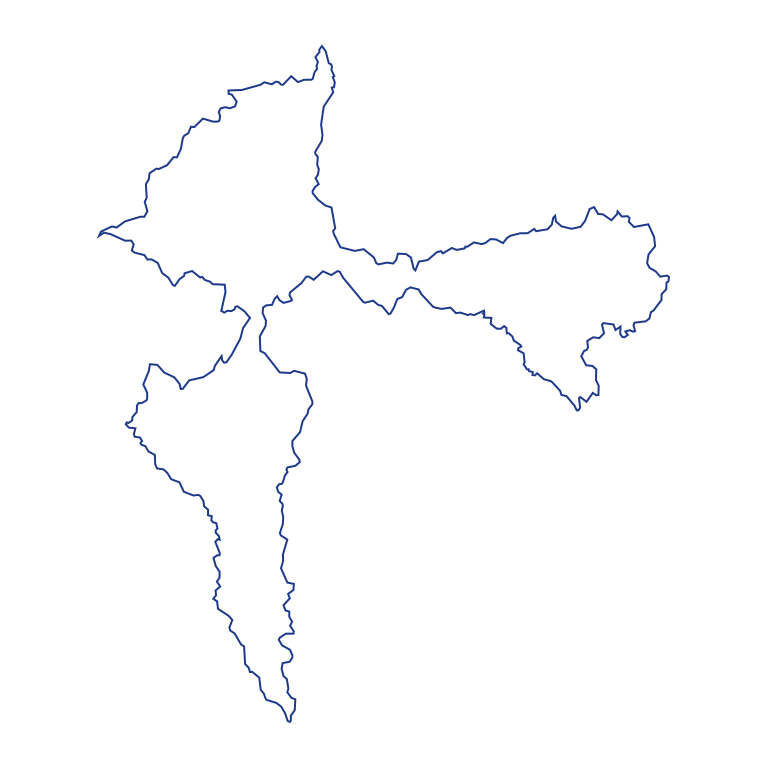 outline of Bocaiúva, Minas Gerais, Brazil
{"feature_id": "56859067B89519159467190", "entity_name": "Bocaiúva", "entity_type": "district", "adm_level": 2, "iso_a3": "BRA", "parent_name": "Brazil", "parent_adm1": "Minas Gerais", "projection": "robinson", "projection_center": [-43.673, -17.387], "detail": "fine", "context": "isolated", "style": "outline", "palette": "blue", "viewbox_px": 768, "rotation_deg": 0, "n_neighbors": 0, "source": "geoboundaries", "source_scale": "gbopen_adm2", "svg_char_len": 6091}
<svg xmlns="http://www.w3.org/2000/svg" viewBox="0 0 768 768"><path d="M323.7,106.7L333.2,92.3L331.8,87.6L334.0,87.2L334.8,82.4L332.8,77.1L334.3,76.1L331.5,70.1L332.0,66.5L331.0,64.2L328.8,63.3L325.7,51.1L321.9,46.1L319.2,49.8L319.5,52.0L315.4,57.2L317.9,61.9L316.5,66.0L317.1,68.8L314.5,72.3L312.8,78.7L311.4,79.7L303.9,79.8L298.0,82.1L291.2,76.2L283.1,84.7L281.1,84.6L278.3,82.0L275.9,81.7L271.8,84.3L264.3,82.3L260.5,84.8L241.7,90.0L228.5,90.5L228.7,93.9L231.8,94.6L236.7,101.7L235.0,106.4L229.9,108.3L225.5,107.2L220.7,108.3L218.7,112.2L220.2,116.0L219.4,120.6L217.8,121.6L213.3,121.7L202.9,118.6L194.3,127.1L191.0,126.7L188.2,133.4L184.3,135.6L182.9,137.9L180.9,148.9L176.9,157.4L173.6,157.1L167.2,165.1L158.6,169.1L156.4,168.6L149.6,173.2L148.8,179.4L145.9,184.1L146.7,197.8L144.7,201.9L147.4,211.2L144.3,216.8L140.5,216.7L125.0,221.4L116.6,227.5L112.1,226.5L109.3,227.6L101.0,231.6L99.0,235.9L103.9,232.7L110.5,234.1L125.1,240.7L131.3,240.6L133.7,244.3L131.8,250.5L134.9,252.7L144.4,255.1L147.4,259.5L151.7,259.4L157.7,262.9L162.2,273.1L168.3,277.6L172.7,284.8L174.8,285.9L179.6,279.1L184.1,275.9L184.6,273.3L192.1,271.0L200.1,277.5L202.0,276.8L205.1,280.1L209.9,281.6L212.7,284.2L224.7,284.7L225.5,292.1L221.3,310.9L224.4,312.6L227.2,310.8L231.3,311.1L234.5,309.4L235.5,306.7L237.4,306.3L244.5,311.3L250.0,318.0L243.1,328.0L240.3,338.7L231.6,354.9L226.4,362.3L224.0,362.6L222.2,360.4L221.6,356.1L214.8,366.0L213.7,370.1L203.2,377.2L189.3,380.3L182.8,388.8L180.8,389.0L179.6,383.9L174.4,377.4L164.2,372.5L157.4,364.9L150.0,364.2L148.8,371.0L143.3,384.5L147.1,392.5L147.2,398.7L146.3,400.5L141.6,403.1L138.5,403.1L137.0,405.6L136.7,412.1L132.4,417.0L132.2,420.5L128.5,423.0L126.7,422.4L125.8,424.2L128.8,427.6L135.4,428.3L133.9,434.2L134.7,436.7L139.9,437.5L142.1,441.1L140.5,442.9L141.3,444.7L145.4,446.2L148.4,451.4L154.9,455.0L155.2,464.2L157.1,468.5L163.4,469.3L167.4,473.0L171.1,479.2L179.4,482.3L183.9,491.8L193.5,495.5L198.4,494.9L200.3,496.0L203.4,501.0L204.2,506.4L208.1,509.7L208.0,515.2L211.8,516.2L211.3,520.2L212.8,522.2L216.2,523.1L217.5,528.5L215.7,530.4L215.7,532.7L218.8,535.9L219.7,539.7L217.7,539.2L215.3,541.8L219.8,553.1L219.5,555.2L217.2,555.3L213.5,557.9L215.7,565.9L219.6,571.7L219.5,577.7L216.9,581.6L220.2,586.5L215.6,590.5L216.0,595.3L213.3,598.8L217.1,601.4L218.0,608.8L228.6,615.8L232.3,620.0L229.4,627.5L230.3,630.6L234.6,633.4L240.9,644.2L244.1,646.5L245.1,664.0L248.7,667.8L250.0,672.1L252.2,671.8L259.3,677.7L260.7,689.8L263.8,693.5L265.4,698.1L266.5,699.9L276.3,702.9L281.2,706.6L285.0,713.1L287.7,721.0L289.9,721.9L290.9,720.3L290.9,715.6L294.8,710.0L295.3,699.4L291.3,697.7L287.3,692.2L288.4,688.4L286.8,679.1L283.5,676.0L281.6,668.8L282.7,663.1L289.7,661.7L292.3,657.8L292.4,655.4L290.0,649.8L282.0,645.3L278.8,639.8L279.8,637.6L285.9,633.7L293.5,633.7L293.7,631.3L290.1,625.7L292.1,621.7L289.3,616.9L289.3,611.6L285.5,610.4L283.5,605.3L289.8,598.3L288.1,593.9L293.4,590.0L293.9,583.9L287.4,582.6L281.0,568.3L283.2,560.7L282.9,554.7L287.3,539.6L280.8,535.4L279.9,533.1L282.9,523.8L283.2,517.1L281.8,510.5L282.8,506.4L282.5,503.9L279.7,501.0L281.6,494.6L278.3,491.9L276.8,487.3L279.2,484.2L281.6,484.0L282.9,482.2L284.9,475.6L287.5,472.1L286.4,469.4L287.5,467.4L295.4,465.8L299.8,462.1L299.2,459.5L294.2,452.7L292.4,446.4L292.4,441.0L300.0,432.2L302.7,421.1L307.6,413.7L308.4,409.4L312.4,404.1L312.4,401.5L306.0,385.6L306.8,378.9L305.0,373.6L294.0,370.8L290.3,373.0L279.7,372.4L264.8,353.3L260.4,351.0L259.8,336.5L265.6,325.9L266.0,320.7L262.6,313.1L263.1,307.5L266.2,305.4L272.1,304.8L274.7,298.6L277.2,296.2L279.5,300.2L283.6,302.9L290.7,301.0L292.0,299.9L289.5,295.1L290.0,292.5L301.3,283.2L306.3,276.7L309.1,276.7L313.6,279.8L323.0,271.3L331.3,275.1L337.5,271.1L339.8,271.8L343.1,277.7L363.0,301.7L364.9,302.7L373.2,300.7L378.3,305.0L381.9,305.9L388.8,314.2L390.6,313.4L393.9,307.6L397.3,299.0L402.2,297.1L406.1,289.7L410.6,287.4L418.7,289.5L421.4,294.2L433.1,306.8L435.3,307.6L441.8,308.9L450.5,307.6L455.9,313.1L460.3,312.6L468.1,315.1L470.3,314.1L474.1,315.1L484.0,310.6L484.4,312.6L483.0,313.6L484.4,314.7L483.8,317.5L491.3,317.9L490.7,324.0L496.7,328.6L500.8,328.8L504.1,326.1L506.4,327.9L506.8,333.4L508.7,333.2L512.4,336.5L513.8,340.6L520.5,345.1L521.3,346.6L518.4,348.1L518.0,350.2L523.6,353.3L524.6,362.2L523.7,364.4L527.1,369.5L528.7,369.3L529.1,371.1L532.7,372.0L532.5,375.0L534.9,375.4L537.1,373.3L543.9,379.2L551.3,381.3L560.1,390.7L561.5,395.0L566.4,396.0L574.4,405.5L576.8,410.4L578.5,410.3L580.1,407.6L579.0,398.0L580.3,397.0L586.5,401.8L592.8,392.9L596.3,395.3L598.4,395.0L598.7,385.8L596.0,380.1L596.2,369.3L592.4,365.9L586.2,365.3L581.3,356.3L584.0,351.0L586.7,349.9L588.0,347.5L587.3,340.9L593.1,337.3L599.3,338.1L604.0,333.3L602.0,324.7L603.3,323.1L613.5,324.5L615.5,330.0L620.5,326.6L620.2,333.9L622.3,337.0L624.6,337.2L627.8,334.9L625.4,331.5L629.6,330.2L633.1,331.7L635.1,331.1L633.5,325.3L634.4,322.7L645.8,321.3L649.4,318.5L650.9,312.2L653.6,310.4L661.5,300.0L661.6,294.2L666.3,289.2L666.5,282.7L668.4,281.5L669.0,277.0L667.4,275.6L660.2,276.6L655.6,271.3L649.6,267.9L647.1,263.1L648.6,254.3L655.1,246.2L654.1,237.0L648.3,224.3L634.0,227.0L628.9,221.9L629.5,218.0L627.7,216.2L621.8,216.5L617.6,211.4L617.1,214.1L611.4,220.2L603.0,214.4L598.1,213.9L594.1,207.1L589.7,209.0L585.1,220.9L580.6,226.8L571.5,228.8L561.4,226.3L556.0,221.5L555.1,215.8L553.2,217.9L551.8,224.7L547.5,229.3L536.1,231.2L534.3,228.9L527.7,233.2L520.1,233.3L510.6,235.7L507.1,237.9L503.0,243.1L496.2,239.5L490.5,239.1L485.2,243.1L481.5,244.1L474.0,242.4L467.4,246.7L465.4,246.6L464.7,248.4L456.7,249.9L451.9,248.0L442.8,253.4L441.0,251.1L436.8,252.2L427.8,260.0L418.9,261.6L415.4,270.4L413.7,268.8L410.9,257.4L405.9,254.0L397.9,253.7L396.2,259.9L393.2,263.5L387.0,262.6L378.3,264.4L376.3,263.1L373.8,257.4L363.7,249.2L354.9,250.9L340.4,247.3L333.7,233.6L333.2,230.9L335.2,228.3L331.5,207.5L325.3,205.5L317.8,199.6L312.7,193.2L312.6,191.0L315.0,187.1L318.7,184.1L315.6,178.3L318.0,174.6L318.8,169.1L317.2,164.8L317.8,156.9L315.4,153.9L315.2,151.9L321.7,140.9L322.5,134.9L321.1,124.7L323.7,106.7Z" fill="none" stroke="#1e3a8a" stroke-width="2"/></svg>